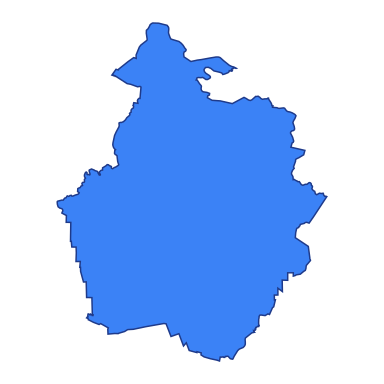 outline of Moloacán, Veracruz, Mexico
{"feature_id": "50627088B54217054702449", "entity_name": "Moloacán", "entity_type": "district", "adm_level": 2, "iso_a3": "MEX", "parent_name": "Mexico", "parent_adm1": "Veracruz", "projection": "albers", "projection_center": [-94.286, 17.993], "detail": "fine", "context": "isolated", "style": "filled", "palette": "blue", "viewbox_px": 384, "rotation_deg": 0, "n_neighbors": 0, "source": "geoboundaries", "source_scale": "gbopen_adm2", "svg_char_len": 5891}
<svg xmlns="http://www.w3.org/2000/svg" viewBox="0 0 384 384"><path d="M111.9,75.1L113.1,75.5L113.4,75.2L113.9,75.8L114.5,75.6L115.0,76.2L115.2,75.9L127.1,83.6L130.7,84.3L137.6,86.8L140.0,86.4L141.0,87.1L140.0,98.4L139.1,98.3L137.8,99.5L137.4,100.7L137.9,103.3L133.8,102.7L133.5,103.8L133.5,104.6L133.0,105.5L133.6,106.1L133.4,107.9L131.8,109.0L131.1,110.1L131.1,112.2L130.1,112.7L130.0,113.1L129.5,113.7L129.9,114.4L129.6,115.3L126.8,117.7L125.4,119.9L123.4,121.7L121.3,122.5L120.4,122.4L119.2,122.8L119.0,123.1L119.2,125.6L118.9,126.9L116.2,131.9L114.6,135.4L113.0,142.8L112.8,144.7L113.0,145.8L113.6,147.6L114.4,148.7L115.5,149.7L114.8,150.2L114.5,153.3L115.2,154.5L116.4,155.1L117.0,155.7L117.7,161.6L118.7,164.7L118.4,165.3L115.4,167.2L114.3,167.5L112.7,168.7L111.6,168.3L111.3,167.8L111.4,166.6L110.9,166.2L109.5,165.7L108.5,164.8L107.2,164.6L105.8,165.9L102.6,167.8L102.5,170.1L101.5,170.2L100.7,170.6L99.6,171.8L99.4,172.5L99.5,173.2L100.3,174.3L100.3,174.9L99.9,175.2L99.2,175.0L98.0,172.8L97.8,171.9L97.2,171.3L94.9,170.6L94.3,170.1L91.5,169.0L89.3,170.0L89.1,170.4L89.3,171.6L90.1,174.1L89.7,174.9L88.4,174.4L87.9,174.7L87.3,174.6L87.0,174.2L87.1,172.9L86.5,172.1L86.0,172.1L85.3,172.8L84.5,174.7L84.4,175.8L84.6,176.9L85.5,178.1L84.4,179.4L84.5,181.7L84.2,182.2L82.5,182.5L82.2,183.0L81.9,183.7L82.5,185.5L81.1,186.0L80.1,187.6L78.6,188.1L77.8,188.6L77.6,191.6L79.2,192.7L79.1,193.1L78.5,193.8L77.9,194.3L75.2,195.1L73.1,196.0L72.0,196.2L71.3,195.3L70.0,195.5L69.2,196.2L68.4,196.4L67.6,195.9L67.0,196.1L66.0,197.8L64.9,198.0L64.3,198.5L63.7,199.6L63.1,200.2L61.8,200.1L57.6,201.2L57.3,201.5L57.2,202.5L57.4,204.4L58.1,206.8L59.8,208.1L62.0,208.8L62.5,209.4L62.8,210.3L62.7,211.4L62.1,212.2L61.9,213.1L66.4,215.5L66.2,222.3L70.8,222.4L70.5,241.3L71.3,241.3L71.8,247.0L76.1,247.1L76.3,252.9L76.0,261.5L80.3,261.5L79.8,267.3L80.5,267.3L80.6,271.4L83.5,282.0L86.2,281.9L86.6,297.5L91.9,297.6L92.3,313.1L92.5,314.9L93.1,314.9L93.0,315.5L92.1,315.5L91.8,314.8L90.5,314.1L90.3,314.8L90.0,314.9L89.3,314.3L88.2,313.9L87.9,314.7L87.8,315.8L88.0,316.7L87.5,316.7L86.6,317.9L88.0,318.5L88.6,319.7L88.5,319.8L93.4,322.3L99.1,324.5L100.7,323.6L108.3,327.9L107.8,329.2L108.0,334.1L114.7,333.5L118.3,333.6L118.9,333.2L124.6,331.5L127.7,329.6L133.3,329.3L145.7,326.7L163.9,323.5L166.1,323.8L171.0,336.5L178.9,333.7L183.5,346.0L186.3,342.8L189.2,350.5L196.9,352.6L197.0,351.7L201.2,352.9L201.0,354.9L204.1,356.9L210.3,358.7L216.8,360.1L219.5,361.0L220.2,357.1L222.0,357.1L223.1,356.8L223.8,357.4L224.8,357.4L225.3,356.4L226.4,356.5L226.9,356.2L228.1,356.3L230.3,358.7L232.4,359.2L232.9,359.0L234.1,356.4L237.7,350.6L239.3,349.1L243.1,347.5L244.3,346.3L244.9,345.4L245.3,344.1L245.3,341.8L245.1,339.7L245.4,338.0L251.8,332.9L254.3,332.3L254.0,332.1L254.1,331.7L253.7,331.6L253.6,330.7L253.9,330.9L254.1,330.6L255.1,330.2L255.5,329.8L255.1,329.6L255.0,329.0L255.8,328.4L255.7,327.6L256.0,327.3L256.5,327.3L258.1,326.1L258.7,326.5L259.2,325.6L258.7,324.4L258.6,323.2L258.7,319.3L259.0,318.0L259.1,316.3L259.8,315.2L261.0,315.0L265.1,315.6L267.9,313.9L269.5,314.5L272.5,307.7L273.7,306.8L275.4,299.8L274.4,299.9L274.3,295.1L277.9,295.0L277.9,288.2L282.4,291.6L282.2,280.1L287.7,280.3L287.7,272.8L293.3,272.8L293.3,276.1L295.1,275.6L296.4,274.8L300.3,274.2L303.8,271.3L305.3,270.4L305.9,268.6L306.2,265.9L306.5,265.2L310.4,260.6L310.5,260.2L309.8,258.7L309.8,257.6L308.3,246.4L295.3,237.7L295.7,232.7L296.5,229.0L297.0,228.2L298.7,227.5L298.9,226.7L299.9,225.8L300.3,224.4L304.2,223.4L305.0,222.7L306.2,222.3L307.0,222.4L309.1,223.1L313.7,216.5L326.8,196.6L325.8,196.2L324.7,196.3L323.5,194.7L323.5,194.0L323.1,193.2L321.8,193.5L319.4,193.2L316.8,194.7L315.4,193.8L314.7,191.3L313.5,190.7L312.3,189.4L311.9,188.6L312.5,186.8L312.3,186.0L311.5,185.5L311.2,183.8L310.6,183.0L309.8,182.6L309.0,182.7L307.0,184.3L305.2,184.3L302.9,185.3L301.3,184.6L299.3,181.6L298.1,181.7L297.5,181.5L297.1,181.0L295.6,180.4L294.2,179.4L293.2,179.7L293.0,176.9L292.3,175.4L291.6,174.4L291.5,173.6L291.7,172.3L292.7,170.1L294.2,168.3L293.5,167.0L295.5,161.3L295.6,159.7L296.3,158.9L298.9,157.7L303.7,154.8L304.9,150.4L290.9,147.2L292.1,143.0L293.2,142.3L293.7,141.1L292.6,137.2L290.5,133.1L290.6,132.3L291.4,131.3L292.2,130.8L293.1,130.7L294.4,129.8L294.6,128.7L294.2,126.4L292.9,122.7L293.5,120.9L294.9,118.6L296.0,115.8L295.2,114.7L294.1,113.9L292.1,112.8L290.0,112.0L287.8,111.6L286.5,110.8L284.6,108.2L283.5,107.9L279.2,108.4L278.0,108.2L277.0,107.7L272.6,107.3L273.0,105.9L271.9,105.7L271.7,104.3L270.9,102.6L268.7,99.2L268.5,98.1L267.7,98.2L267.2,98.8L264.3,98.9L262.5,99.3L260.9,98.5L259.9,97.4L258.1,96.2L256.7,96.5L255.7,96.4L251.9,99.8L250.3,100.5L248.5,100.0L246.2,98.5L244.0,97.4L232.3,103.6L220.3,100.9L212.1,100.3L207.4,97.7L207.7,95.9L209.4,95.0L209.6,93.4L207.0,92.4L203.1,91.8L201.9,90.9L201.3,89.9L201.1,88.5L201.4,86.2L201.0,85.4L199.6,83.8L197.2,80.1L196.2,80.0L197.1,77.8L198.3,77.5L201.0,77.7L202.5,77.4L203.6,77.9L205.9,79.5L207.6,79.5L209.9,78.2L210.4,77.3L210.3,76.6L209.5,75.6L205.9,73.3L204.5,71.7L204.1,70.4L204.1,69.4L205.5,67.5L208.2,67.3L210.8,68.4L213.9,70.9L219.4,72.2L221.8,73.0L222.8,74.5L224.7,74.0L228.0,72.7L229.1,71.7L229.3,70.7L231.9,71.2L232.3,70.5L231.3,70.0L231.8,69.0L232.7,69.0L232.8,68.5L234.1,68.0L234.8,68.0L236.0,68.4L236.3,68.3L233.8,67.0L231.8,66.5L229.3,65.3L223.6,60.7L220.5,57.9L219.7,57.4L218.2,57.0L216.1,57.0L210.6,57.9L201.3,59.6L197.4,60.1L190.9,61.5L184.0,56.9L183.6,53.7L184.2,51.9L185.3,51.4L185.9,50.7L186.1,49.9L186.0,49.4L184.9,48.2L183.1,45.3L181.3,43.3L179.0,41.5L171.0,39.1L170.1,37.6L168.7,33.7L168.5,32.4L168.8,29.0L168.6,27.5L168.2,26.7L167.7,26.3L167.4,25.5L166.7,25.2L158.7,23.2L152.7,23.0L151.3,23.7L150.0,24.9L149.5,26.2L148.1,28.7L146.4,30.3L146.3,33.2L147.2,39.4L146.8,40.4L140.8,45.1L139.3,47.1L136.1,55.0L136.2,58.4L133.7,57.6L128.1,61.6L118.7,69.1L118.3,69.9L116.0,69.3L111.9,75.1Z" fill="#3b82f6" stroke="#1e3a8a" stroke-width="1.5"/></svg>